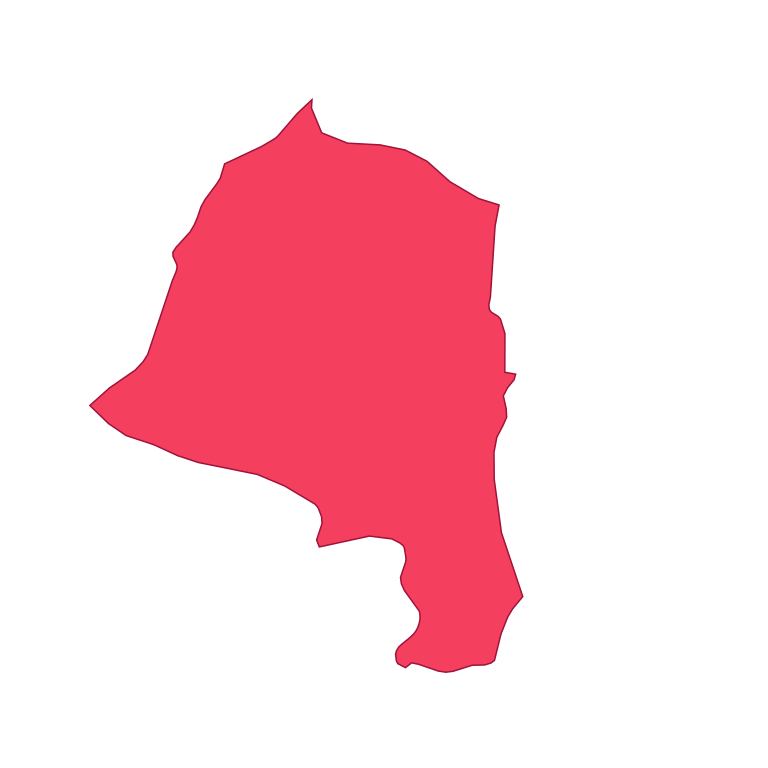 map outline of Ararat (Albers equal-area conic projection), rotated 221°
{"feature_id": "ARM-1671", "entity_name": "Ararat", "entity_type": "Province", "adm_level": 1, "iso_a3": "ARM", "parent_name": "Armenia", "parent_adm1": "", "projection": "albers", "projection_center": [44.713, 39.934], "detail": "fine", "context": "isolated", "style": "filled", "palette": "rose", "viewbox_px": 768, "rotation_deg": 221, "n_neighbors": 0, "source": "natural_earth", "source_scale": "10m", "svg_char_len": 1515}
<svg xmlns="http://www.w3.org/2000/svg" viewBox="0 0 768 768"><g transform="rotate(221 384 384)"><path d="M624.9,551.3L619.7,544.6L595.8,532.7L569.6,541.8L543.8,561.9L539.7,564.2L521.5,574.5L497.6,580.3L467.0,579.9L434.5,585.9L414.6,594.6L403.8,576.1L360.8,519.5L356.8,512.5L353.4,509.4L350.1,508.6L342.2,509.9L338.7,509.4L325.8,501.4L300.5,472.1L291.1,477.8L288.6,472.5L288.3,462.3L286.2,453.4L275.7,445.6L269.7,439.5L267.2,431.6L263.9,417.8L256.1,404.5L238.2,384.3L197.9,348.9L139.8,314.6L139.8,314.4L139.8,313.7L139.4,298.6L137.8,289.4L131.7,272.1L119.3,247.9L120.1,243.8L123.6,238.1L132.9,229.6L143.4,212.5L148.2,207.1L154.8,202.9L173.9,195.2L180.2,191.7L181.7,184.0L190.2,182.0L193.2,183.3L198.0,187.7L199.6,190.9L200.3,195.1L199.9,199.2L198.0,210.2L197.6,215.4L197.9,218.6L198.8,222.5L200.4,226.4L202.5,230.1L205.1,233.0L206.9,234.7L208.6,235.8L233.0,241.5L239.9,244.7L244.7,248.9L250.8,263.7L252.3,266.0L254.5,268.2L261.5,273.9L264.0,274.6L267.9,274.4L276.4,272.3L295.3,259.6L325.9,218.6L332.5,222.0L339.2,238.0L344.1,242.9L352.5,247.4L357.2,248.1L391.9,241.9L420.4,232.6L472.7,202.9L492.5,194.6L517.8,187.2L544.8,175.9L565.9,173.4L591.9,174.8L588.6,201.0L580.9,231.1L580.4,242.5L581.7,251.3L611.7,323.5L614.3,331.6L615.8,334.9L617.4,337.1L619.3,338.5L627.0,341.9L629.8,345.0L630.6,350.9L630.1,371.4L631.6,379.6L634.1,387.4L638.4,397.9L640.1,406.0L641.6,425.7L642.6,431.9L648.7,445.6L632.2,483.0L627.3,497.8L626.8,501.1L626.9,531.4L624.9,551.3Z" fill="#f43f5e" stroke="#9f1239" stroke-width="1.5"/></g></svg>